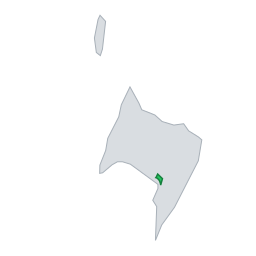 where San Fernando sits in Trinidad and Tobago, rotated 299°
{"feature_id": "TTO-62", "entity_name": "San Fernando", "entity_type": "City", "adm_level": 1, "iso_a3": "TTO", "parent_name": "Trinidad and Tobago", "parent_adm1": "", "projection": "albers", "projection_center": [-61.466, 10.279], "detail": "fine", "context": "in_parent", "style": "filled", "palette": "green", "viewbox_px": 256, "rotation_deg": 299, "n_neighbors": 0, "source": "natural_earth", "source_scale": "10m", "svg_char_len": 790}
<svg xmlns="http://www.w3.org/2000/svg" viewBox="0 0 256 256"><g transform="rotate(299 128 128)"><path d="M153.4,198.3L133.4,205.4L81.2,207.1L59.6,204.5L43.0,206.5L73.2,191.2L76.8,184.7L89.6,183.5L93.2,181.5L97.5,147.6L95.8,139.6L93.3,135.1L88.1,131.9L76.5,127.5L74.6,125.2L81.9,121.4L97.5,119.4L109.2,115.3L133.3,114.5L145.1,110.9L164.9,109.8L155.1,125.4L150.6,131.2L152.4,145.2L150.2,154.7L152.8,166.7L158.7,174.6L154.9,182.4L154.3,194.1L153.4,198.3ZM184.6,67.4L177.9,68.7L178.7,63.7L190.4,55.0L208.4,49.2L213.0,48.9L210.4,56.7L184.6,67.4Z" fill="#d9dde1" stroke="#a8b0b8" stroke-width="1"/><path d="M94.4,183.9L95.4,183.1L96.9,181.4L97.8,179.8L98.3,177.3L98.1,176.4L98.8,176.5L102.1,176.3L100.4,182.7L94.5,184.1L94.4,183.9Z" fill="#22c55e" stroke="#15803d" stroke-width="1.5"/></g></svg>